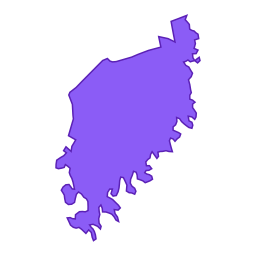 Romelândia, Santa Catarina, Brazil
{"feature_id": "56859067B71517349655646", "entity_name": "Romelândia", "entity_type": "district", "adm_level": 2, "iso_a3": "BRA", "parent_name": "Brazil", "parent_adm1": "Santa Catarina", "projection": "equal_earth", "projection_center": [-53.313, -26.655], "detail": "fine", "context": "isolated", "style": "filled", "palette": "violet", "viewbox_px": 256, "rotation_deg": 0, "n_neighbors": 0, "source": "geoboundaries", "source_scale": "gbopen_adm2", "svg_char_len": 3056}
<svg xmlns="http://www.w3.org/2000/svg" viewBox="0 0 256 256"><path d="M69.9,92.3L68.8,95.0L72.4,104.4L73.0,115.4L73.4,118.9L68.5,135.7L75.7,139.8L73.9,143.0L71.9,146.3L71.1,151.4L66.0,146.8L63.6,150.7L66.4,152.8L63.8,155.7L60.5,157.6L56.7,160.2L56.1,164.3L56.0,167.8L58.4,168.7L61.8,168.1L64.2,167.4L65.4,164.6L67.7,166.2L70.1,168.3L69.3,172.6L70.2,175.3L71.9,178.5L73.1,182.4L73.7,185.3L74.5,189.2L72.2,188.9L70.7,186.7L69.0,184.5L65.8,184.8L63.1,187.0L61.3,190.2L62.9,192.7L64.3,195.1L64.7,198.5L65.5,202.3L68.4,204.5L71.7,204.2L74.5,202.4L75.3,198.6L76.4,194.3L78.5,192.0L81.5,194.0L83.8,197.2L86.4,198.8L87.9,201.5L88.1,206.9L88.0,210.6L85.3,211.8L82.4,211.5L79.4,211.7L75.5,214.7L75.3,218.9L72.3,218.6L70.2,217.6L67.2,217.9L68.9,221.5L70.5,225.1L73.3,227.3L76.1,228.1L79.0,227.4L81.7,229.4L85.9,233.4L88.7,229.9L91.3,232.5L92.2,237.2L93.5,240.6L96.0,238.9L95.4,234.8L94.3,231.4L92.9,228.9L91.0,227.1L89.6,224.9L93.1,224.3L97.6,226.3L100.4,229.0L101.1,226.3L99.1,223.2L98.7,218.7L99.8,214.5L99.2,211.6L98.8,207.4L100.9,205.0L102.2,208.2L102.6,211.9L106.0,212.0L109.3,213.1L111.8,214.2L114.1,216.8L116.0,220.1L118.6,221.5L117.5,217.1L115.0,213.5L114.3,209.6L118.1,210.1L120.3,207.9L118.4,205.2L115.5,202.4L112.6,199.5L109.7,197.9L107.2,196.6L107.6,192.4L109.7,189.1L112.4,189.1L111.0,193.7L113.1,196.1L116.3,195.5L118.1,191.7L119.0,188.0L119.4,184.2L119.7,180.5L120.7,177.1L123.4,177.6L125.2,181.3L126.9,185.1L126.4,191.0L129.1,192.7L131.6,192.9L134.7,194.2L135.9,191.3L134.7,188.3L131.9,186.1L130.3,183.2L130.6,179.3L132.3,175.2L133.5,171.3L136.1,172.2L137.1,174.9L137.4,178.9L139.9,179.7L142.8,180.8L145.2,182.7L147.8,181.7L150.0,180.8L152.5,179.2L151.7,176.2L149.4,174.7L146.8,174.0L144.7,172.7L146.1,170.5L148.9,170.3L151.7,168.7L149.4,165.7L146.4,165.7L145.8,161.9L147.8,159.5L150.0,157.9L150.6,154.4L152.1,151.7L154.4,154.9L156.9,158.4L158.5,156.3L157.9,152.2L160.1,151.5L162.6,151.4L166.0,150.7L169.0,151.5L172.4,151.7L171.1,147.4L170.3,144.4L169.4,140.7L170.5,138.1L173.0,138.9L175.0,141.3L177.2,138.8L179.6,137.0L180.7,134.0L178.6,132.6L176.3,131.6L173.1,130.2L173.1,126.9L175.6,124.8L176.9,121.5L176.6,117.5L179.6,118.7L181.6,121.6L184.0,123.8L186.4,125.7L188.9,127.5L191.9,128.3L192.8,125.2L191.9,122.3L189.0,120.8L188.2,116.2L191.8,116.9L194.7,119.4L196.0,117.0L196.3,113.1L194.5,110.3L192.6,107.6L192.6,104.1L195.0,102.2L192.5,100.1L189.8,99.1L189.8,95.2L191.3,92.7L190.6,89.8L189.8,84.7L188.5,79.7L191.2,76.7L192.5,73.2L190.6,70.2L188.8,67.0L185.8,65.4L183.6,62.0L185.7,61.4L187.9,60.0L190.3,61.8L192.5,61.1L194.8,60.7L192.9,57.7L192.5,53.8L196.1,53.6L198.0,50.1L194.1,48.4L195.4,43.6L194.6,39.9L198.7,38.6L198.0,34.2L195.9,32.8L194.1,31.0L191.8,30.4L189.7,29.1L189.3,24.4L187.4,22.1L185.2,19.7L186.8,15.4L171.1,21.4L171.9,25.8L173.7,35.5L175.0,42.0L168.0,38.6L158.7,36.6L160.9,47.1L148.6,50.4L138.0,54.4L131.7,57.1L116.2,61.6L112.5,61.9L110.0,61.1L107.4,58.5L102.7,60.5L90.4,72.9L81.4,82.0L76.1,87.5L69.9,92.3ZM194.8,60.7L197.6,62.9L200.0,60.6L199.2,57.3L197.0,58.9L194.8,60.7Z" fill="#8b5cf6" stroke="#5b21b6" stroke-width="1.5"/></svg>